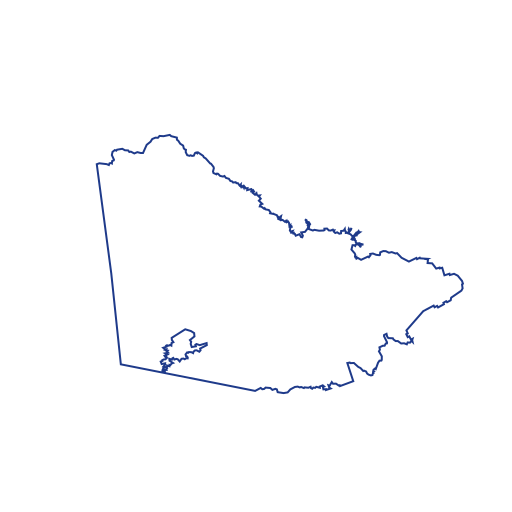 Mansfield, Victoria, Australia (Robinson projection), rotated 152°
{"feature_id": "25037944B49622483033966", "entity_name": "Mansfield", "entity_type": "district", "adm_level": 2, "iso_a3": "AUS", "parent_name": "Australia", "parent_adm1": "Victoria", "projection": "robinson", "projection_center": [146.151, -37.241], "detail": "fine", "context": "isolated", "style": "outline", "palette": "blue", "viewbox_px": 512, "rotation_deg": 152, "n_neighbors": 0, "source": "geoboundaries", "source_scale": "gbopen_adm2", "svg_char_len": 6133}
<svg xmlns="http://www.w3.org/2000/svg" viewBox="0 0 512 512"><g transform="rotate(152 256 256)"><path d="M353.5,411.8L392.0,308.5L426.2,223.8L320.1,137.3L313.8,137.3L313.0,135.4L311.2,134.8L309.3,135.3L305.3,132.7L304.4,130.1L301.2,129.6L300.2,128.4L300.8,125.6L296.0,122.0L292.1,120.7L288.3,122.1L283.1,122.1L280.5,121.1L279.0,119.4L277.7,119.2L275.7,116.9L274.8,117.2L271.6,115.1L269.2,114.9L269.5,113.6L268.7,112.4L267.1,112.9L265.6,111.8L264.2,112.2L261.5,109.7L261.0,110.8L257.8,110.5L257.1,108.8L258.4,109.0L259.1,106.6L256.6,105.5L257.0,104.8L252.3,104.0L253.1,105.4L252.7,107.8L251.9,106.9L248.3,109.1L248.0,107.1L245.3,105.7L243.7,102.7L242.8,102.6L242.9,101.7L228.9,99.8L225.6,118.6L223.2,117.9L223.0,117.1L219.8,115.6L217.8,110.1L216.3,107.9L215.3,104.1L214.4,104.0L213.0,102.3L213.1,100.1L212.3,98.4L210.6,96.6L209.1,96.2L207.8,97.6L207.3,97.5L207.2,98.3L206.2,98.6L206.7,99.1L205.6,100.4L203.6,100.8L203.3,100.0L198.3,104.5L196.1,105.6L194.4,104.8L193.7,105.3L192.0,108.4L192.2,114.1L190.6,115.1L189.9,117.4L186.0,117.2L184.6,116.4L182.5,117.8L181.4,117.4L180.8,118.3L180.6,125.2L180.0,126.1L177.3,126.0L178.0,123.4L177.7,121.4L173.8,119.1L173.8,117.8L172.6,115.3L170.7,114.3L168.9,110.6L166.2,109.4L164.3,107.2L162.7,108.5L160.7,107.2L158.6,108.1L158.1,106.6L157.6,108.4L156.6,109.4L158.4,109.4L158.4,113.1L160.1,113.1L160.0,116.4L158.4,116.4L158.1,119.7L134.2,128.8L122.4,128.8L122.4,126.9L119.5,126.9L119.4,125.1L112.7,125.2L112.5,126.7L109.3,126.8L109.0,125.5L104.9,125.5L103.2,127.6L90.9,129.0L88.8,130.4L87.4,134.2L86.3,134.4L85.8,137.2L87.1,143.9L89.5,147.3L93.8,148.2L93.5,149.5L98.7,150.5L97.1,158.2L99.6,158.8L99.4,159.6L102.8,160.3L103.9,166.8L107.8,169.2L105.7,172.3L106.4,172.8L105.6,172.8L112.2,176.9L112.2,177.6L115.3,177.6L115.3,179.0L123.6,179.3L128.3,186.1L130.1,192.3L131.6,192.7L134.3,195.7L137.1,196.5L139.1,199.3L141.3,200.6L144.6,200.9L146.0,198.8L146.7,198.8L149.3,200.6L151.6,203.3L154.2,204.2L154.6,202.9L156.9,201.9L157.3,202.9L165.0,203.3L167.0,206.5L168.4,206.5L167.8,208.0L168.9,208.0L168.9,209.0L167.7,210.6L167.6,212.0L168.7,216.9L165.7,220.2L164.3,219.5L163.7,218.3L162.6,219.2L161.0,218.8L159.8,217.1L159.6,215.4L158.8,214.7L159.3,216.0L158.6,216.9L155.8,215.7L157.7,217.4L158.9,217.7L158.6,218.7L161.1,219.8L161.5,221.1L160.8,222.6L161.4,223.5L160.9,224.3L163.1,225.0L163.8,225.9L162.9,226.6L160.8,226.2L159.2,227.6L157.4,226.9L156.7,227.7L153.0,228.2L153.8,228.8L153.7,229.9L155.1,229.3L156.3,229.6L160.2,227.9L161.7,228.4L162.3,230.8L164.0,232.7L159.8,234.6L158.5,235.9L161.3,234.4L161.3,236.4L161.9,235.8L161.9,234.1L164.0,233.5L165.9,234.2L165.2,235.5L165.6,236.5L164.9,238.2L166.8,237.2L169.1,238.1L170.3,236.1L172.0,236.6L173.2,238.8L175.2,239.1L175.9,241.2L174.8,241.9L175.6,242.3L175.7,243.2L178.1,243.4L179.7,244.4L180.4,246.9L182.8,248.0L183.4,246.7L184.4,246.8L188.4,248.7L192.2,251.7L193.8,251.8L196.8,255.1L194.5,258.1L193.3,258.7L193.5,261.2L194.9,261.9L194.6,264.0L195.5,265.3L195.1,263.7L195.9,261.9L194.9,259.4L196.0,258.9L196.0,257.5L197.5,256.0L201.4,254.3L205.0,255.6L205.1,251.9L206.4,250.8L207.3,251.6L207.4,254.8L211.4,255.3L211.3,257.3L212.4,258.2L211.8,258.9L213.6,259.9L212.0,260.9L214.0,261.3L214.1,262.7L212.0,265.3L210.8,265.0L210.7,265.7L211.7,266.1L211.2,267.0L212.5,266.6L211.3,269.7L211.5,271.5L212.6,271.4L212.4,272.4L213.1,272.0L213.2,272.9L214.3,272.5L215.6,275.4L217.1,275.9L216.8,276.7L217.4,276.9L215.2,279.4L216.1,279.3L217.6,277.8L217.7,278.4L218.2,277.5L218.8,278.0L218.0,278.8L218.7,279.1L218.4,282.2L220.9,285.1L220.7,286.0L221.3,285.3L223.5,287.1L222.7,287.8L223.1,290.6L225.7,292.7L225.9,294.2L226.7,294.0L228.1,297.1L229.4,298.0L228.0,299.3L226.0,299.1L227.5,303.5L224.9,304.4L225.5,307.1L224.2,307.7L226.1,308.5L226.5,309.7L226.1,311.2L228.1,310.5L229.3,313.4L228.4,314.3L227.5,313.9L227.6,315.2L229.2,314.6L229.9,315.2L228.5,316.4L228.7,317.3L232.8,318.3L231.6,319.9L233.1,320.4L233.6,322.8L234.6,321.8L234.5,323.6L235.3,323.2L235.6,324.3L236.7,323.8L236.7,325.4L236.0,326.3L237.4,325.9L237.8,328.8L239.1,329.5L239.3,330.7L241.7,331.6L242.0,333.0L243.4,334.3L243.7,336.9L245.9,339.1L246.3,341.5L247.8,341.6L250.1,343.6L250.9,346.4L251.8,347.1L252.6,346.7L254.6,349.2L254.3,350.8L252.0,353.3L251.7,354.6L252.4,358.6L253.0,359.2L254.6,365.8L255.7,367.6L255.7,369.3L258.6,374.8L259.3,375.1L259.8,374.4L260.5,375.5L261.6,375.5L263.8,373.8L265.5,374.4L266.4,375.6L267.7,375.7L269.4,377.3L269.3,380.7L268.0,382.7L268.9,383.7L269.2,385.0L268.5,387.7L270.2,390.7L270.5,394.2L271.2,395.8L270.3,397.7L274.6,401.6L275.3,403.4L281.4,405.2L284.8,407.3L287.1,406.4L289.2,407.7L292.7,408.0L295.5,406.4L300.3,405.5L307.4,400.0L309.5,401.1L312.0,403.4L315.3,403.7L317.5,406.9L319.0,407.3L319.3,409.2L322.1,410.9L323.7,413.4L328.8,415.1L329.9,414.6L330.9,415.8L333.8,415.3L335.9,412.8L336.2,407.7L336.7,407.2L338.4,407.4L339.8,405.4L340.2,406.1L341.8,406.6L343.2,405.4L344.7,407.2L350.8,411.4L353.5,411.8ZM349.2,198.8L351.0,198.1L352.7,200.6L354.3,201.3L356.2,200.8L357.1,199.8L358.2,201.4L360.4,202.7L361.4,202.4L362.0,203.2L364.4,202.2L364.8,200.4L364.1,199.9L363.9,198.5L364.4,197.7L365.8,198.5L367.4,198.3L368.2,199.5L370.0,200.2L372.9,198.7L373.6,201.6L374.7,202.6L376.7,202.9L376.9,204.9L377.9,204.9L378.9,204.0L380.8,205.9L381.5,204.1L379.5,200.5L381.0,200.7L382.8,199.9L383.5,200.5L384.2,199.3L385.9,201.0L386.2,200.1L387.6,200.0L387.2,198.7L388.2,198.3L388.4,197.4L389.7,198.0L390.7,197.5L390.8,196.8L391.9,197.4L392.5,198.6L392.0,199.3L390.7,199.4L390.7,200.4L388.8,200.4L388.5,201.1L389.5,201.9L387.3,202.8L386.6,203.9L390.0,204.9L389.7,207.5L387.9,207.3L387.7,208.0L386.1,208.0L384.5,207.3L382.4,207.9L382.4,209.0L383.4,209.4L383.6,210.9L380.4,210.6L381.8,212.7L379.0,211.9L379.5,213.5L378.4,213.9L379.7,214.9L378.9,215.7L380.7,216.2L380.3,216.9L381.0,218.5L377.3,217.9L376.8,218.2L377.1,219.0L376.5,219.0L375.2,217.8L373.6,217.8L372.8,216.6L371.4,218.8L369.4,218.7L369.7,221.4L368.9,223.3L352.9,224.5L348.7,220.3L346.8,217.0L348.1,213.9L353.8,212.8L353.5,210.7L354.9,209.1L355.5,205.8L351.5,204.5L351.2,206.1L349.9,206.2L347.5,203.7L340.5,202.3L341.3,200.4L348.8,200.5L349.2,198.8Z" fill="none" stroke="#1e3a8a" stroke-width="2"/></g></svg>